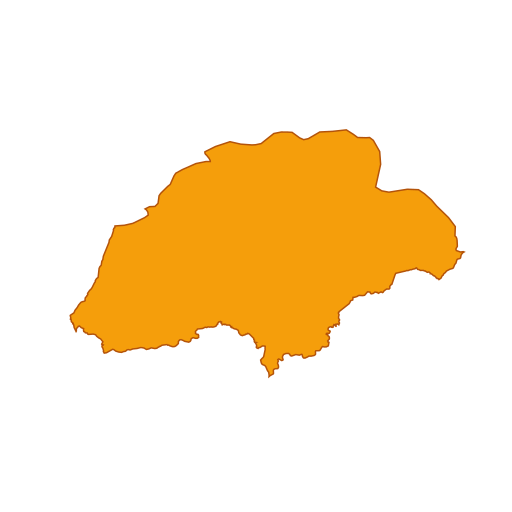 Kayes, Kayes, Mali (Natural Earth projection), rotated 248°
{"feature_id": "8926073B46590111149246", "entity_name": "Kayes", "entity_type": "district", "adm_level": 2, "iso_a3": "MLI", "parent_name": "Mali", "parent_adm1": "Kayes", "projection": "natural_earth1", "projection_center": [-11.81, 14.583], "detail": "fine", "context": "isolated", "style": "filled", "palette": "amber", "viewbox_px": 512, "rotation_deg": 248, "n_neighbors": 0, "source": "geoboundaries", "source_scale": "gbopen_adm2", "svg_char_len": 6073}
<svg xmlns="http://www.w3.org/2000/svg" viewBox="0 0 512 512"><g transform="rotate(248 256 256)"><path d="M371.8,247.7L370.7,247.2L369.1,247.3L368.1,247.9L364.0,249.1L361.6,249.3L360.7,249.0L362.3,245.1L364.2,235.0L363.7,220.0L362.8,212.6L361.0,210.0L354.5,203.3L353.6,200.2L349.8,191.1L348.2,188.7L341.5,184.9L339.8,180.9L341.6,175.8L341.2,170.8L339.8,171.7L337.3,172.2L334.3,171.4L333.3,167.2L332.4,154.0L333.8,145.5L336.7,136.5L335.2,135.7L335.0,134.7L333.7,133.5L332.9,133.4L328.2,129.5L325.8,126.0L323.7,124.8L313.0,114.4L310.0,112.6L308.9,111.1L305.4,109.0L304.6,107.3L303.3,105.9L295.3,101.6L294.8,99.7L293.4,97.8L292.4,97.4L291.5,96.0L288.1,92.2L286.8,90.1L286.6,89.1L284.4,85.8L283.2,85.6L282.4,84.1L282.0,83.9L281.4,82.3L280.0,81.3L278.8,81.0L278.5,80.6L278.4,79.7L278.7,77.7L278.6,76.2L277.0,73.2L275.2,70.9L273.5,67.9L271.5,65.9L270.6,61.7L270.3,61.4L268.4,61.2L266.9,60.3L266.6,60.8L264.2,60.2L262.6,61.1L261.9,60.7L261.7,61.2L260.0,61.1L257.8,60.6L253.4,60.9L253.7,61.3L255.8,62.2L256.2,62.7L256.5,63.7L257.4,64.9L257.2,66.1L254.9,67.2L253.3,69.0L252.3,68.4L250.5,68.0L249.9,68.7L248.7,69.0L247.8,70.7L246.7,70.7L246.0,71.4L244.6,75.8L243.1,77.8L241.3,78.2L239.0,79.5L237.3,80.9L233.8,81.9L232.1,79.9L231.7,80.0L230.8,81.1L230.6,80.8L230.6,79.9L230.3,79.5L229.4,79.2L227.8,79.5L225.0,79.1L224.6,78.7L222.8,78.9L222.3,81.2L223.2,88.1L222.5,89.1L220.4,90.3L218.4,92.7L217.0,95.3L217.0,97.4L216.6,99.1L216.8,100.1L217.2,100.9L217.2,101.7L217.1,102.5L216.2,103.8L216.0,104.5L216.0,106.9L214.8,111.1L214.4,114.5L213.8,115.9L212.6,117.7L210.4,119.4L210.0,121.9L210.1,124.4L208.1,127.5L207.6,129.5L208.0,130.9L208.0,132.0L208.3,132.5L208.1,133.6L208.5,135.4L207.3,140.0L207.2,140.3L206.4,140.7L206.1,141.7L205.1,142.4L203.6,144.1L203.0,145.0L202.5,146.8L202.8,148.6L203.9,151.2L205.8,152.0L206.8,153.8L206.5,155.2L205.1,156.7L203.6,157.9L201.3,161.4L201.5,163.0L202.1,163.9L203.4,164.7L203.9,166.5L203.8,167.2L202.3,169.1L201.7,170.7L201.9,171.8L202.2,172.5L203.0,172.6L203.9,173.1L204.9,173.0L205.3,172.6L205.3,172.1L205.6,171.6L207.1,170.9L207.9,171.5L208.6,171.5L209.2,172.4L209.5,173.5L210.1,174.1L210.2,174.5L208.8,179.3L209.0,182.2L208.1,183.6L208.3,184.3L208.1,185.3L207.3,186.6L207.1,188.0L206.6,188.4L206.0,190.3L205.9,192.5L206.9,194.1L207.2,194.3L207.2,195.0L208.0,195.3L208.4,196.2L208.8,196.6L208.6,197.8L208.7,198.4L207.6,199.3L207.1,198.5L206.2,198.7L205.7,199.0L204.8,198.9L204.8,200.8L204.5,201.2L204.2,201.2L204.0,202.3L203.5,202.4L203.0,202.9L201.8,205.7L200.4,206.2L199.8,206.0L199.6,206.8L199.2,206.5L198.6,206.7L198.4,207.2L196.7,208.5L195.3,210.6L194.8,210.8L193.7,211.7L191.2,211.3L188.8,212.0L188.0,212.6L187.2,213.7L187.3,214.8L187.0,216.2L187.4,217.2L187.0,218.2L187.4,219.2L187.0,219.5L186.9,220.0L186.0,220.7L180.5,223.0L179.5,222.7L178.5,223.1L177.9,222.5L176.7,222.4L175.9,223.6L175.9,222.8L173.7,223.2L171.9,222.8L171.5,222.1L170.6,222.2L169.5,223.3L170.0,224.1L169.7,225.4L170.2,228.3L169.5,229.8L168.8,230.7L167.0,229.8L165.9,229.5L159.8,225.4L159.2,224.4L158.7,223.1L157.8,221.3L155.1,220.9L153.9,220.9L152.8,221.5L151.2,223.1L149.8,223.6L145.4,223.7L143.4,224.2L140.5,223.5L139.3,222.9L139.8,224.3L140.2,227.9L140.7,228.3L143.4,229.2L143.9,229.6L144.2,230.2L144.3,231.5L143.6,233.5L143.5,234.1L144.4,235.2L145.2,235.5L146.5,235.8L148.2,235.7L149.4,236.4L150.1,237.3L151.8,237.4L152.0,238.6L149.4,240.7L149.4,241.9L149.8,242.3L152.0,242.5L153.1,243.1L154.4,244.7L154.4,247.2L153.5,249.6L152.4,250.4L150.7,250.6L149.9,251.6L149.7,256.0L147.8,259.1L147.8,261.3L147.6,261.7L147.0,261.8L145.4,261.5L144.1,261.7L143.6,261.9L143.0,263.3L143.1,266.1L143.4,267.4L142.5,269.7L142.0,272.5L142.3,274.0L142.8,274.5L145.1,275.3L145.7,275.9L145.6,276.4L144.8,278.3L144.5,279.5L144.9,280.5L145.8,281.5L147.1,283.5L147.1,284.0L146.2,285.0L145.4,287.2L145.6,289.4L148.6,291.3L149.1,290.6L149.8,290.8L150.4,290.6L151.6,292.9L152.6,293.4L153.8,293.6L154.4,293.4L155.1,292.8L156.3,293.1L156.7,292.9L156.8,291.9L157.2,291.8L157.8,292.3L157.7,293.1L157.1,294.2L157.0,295.1L157.9,296.2L158.5,296.6L160.0,295.4L160.7,295.2L161.6,295.6L162.4,296.4L162.6,297.5L162.4,299.2L161.7,299.3L161.2,300.1L161.2,300.9L162.1,301.2L162.4,301.9L163.2,302.6L162.6,303.4L161.5,303.4L160.9,303.8L161.0,304.1L162.5,304.2L162.9,304.6L162.4,305.6L162.5,306.1L162.1,306.6L161.2,307.0L162.6,308.3L164.0,308.2L164.6,308.4L165.1,309.3L165.8,309.6L167.3,309.2L168.9,309.9L170.4,311.0L171.8,310.9L172.4,311.1L172.5,311.5L172.9,311.5L173.5,312.9L176.9,324.5L178.0,325.9L179.1,326.9L179.0,329.2L181.3,330.5L180.8,331.9L180.6,334.7L180.9,336.1L180.8,336.9L179.3,340.1L178.9,342.0L181.0,346.0L179.8,348.2L178.3,348.2L177.7,348.8L177.4,350.7L178.0,352.8L177.4,353.9L177.0,354.2L176.7,355.0L175.6,355.4L175.9,358.5L174.7,359.5L174.7,360.1L175.7,361.7L176.3,363.9L176.4,364.8L175.5,367.0L176.1,368.1L177.5,368.5L178.2,369.3L178.7,370.5L179.0,370.7L178.9,371.4L186.5,377.9L187.6,379.1L186.0,389.5L186.1,390.5L185.5,391.3L185.5,394.0L185.1,394.6L185.0,396.7L184.6,398.6L185.0,400.1L184.4,400.6L183.1,400.8L182.0,402.4L181.1,402.9L179.9,405.9L179.1,406.4L178.9,407.1L176.7,408.7L176.5,410.0L175.9,410.7L175.2,411.1L174.3,410.9L174.2,411.4L173.1,412.4L171.2,413.2L170.8,414.0L168.7,414.9L168.2,414.9L167.8,415.4L167.3,415.4L166.6,416.6L165.6,416.8L166.2,419.3L167.6,420.8L168.0,421.6L168.1,422.3L169.3,423.6L169.7,425.4L170.7,426.9L171.1,430.8L170.8,433.7L171.1,434.6L173.7,437.1L174.4,438.6L177.4,441.0L177.6,441.8L177.3,444.2L177.7,445.0L179.9,446.4L181.0,447.8L181.7,449.4L181.8,450.4L182.4,449.8L183.1,447.1L186.0,443.8L187.4,443.9L188.1,444.4L189.4,446.2L190.3,446.6L195.2,448.3L197.0,448.7L198.5,448.7L200.1,448.0L208.6,451.8L219.4,448.9L234.6,442.2L242.4,439.6L250.6,435.5L256.6,431.5L261.2,421.3L265.4,403.1L269.3,397.0L275.1,392.7L294.3,405.9L306.5,409.8L319.3,408.1L323.3,405.7L324.4,402.4L327.8,394.6L332.4,391.8L339.1,387.0L342.9,373.6L347.1,361.6L345.2,348.4L346.0,343.8L349.2,340.7L357.1,335.8L359.1,331.6L361.5,325.8L362.9,318.4L358.3,302.9L359.3,297.3L360.5,293.8L365.4,283.8L371.7,274.7L372.7,259.5L371.8,247.7Z" fill="#f59e0b" stroke="#b45309" stroke-width="1.5"/></g></svg>